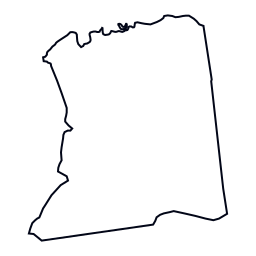 outline of Seberang Perai Selatan, Pulau Pinang, Malaysia
{"feature_id": "92858781B33642984560897", "entity_name": "Seberang Perai Selatan", "entity_type": "district", "adm_level": 2, "iso_a3": "MYS", "parent_name": "Malaysia", "parent_adm1": "Pulau Pinang", "projection": "orthographic", "projection_center": [100.455, 5.21], "detail": "fine", "context": "isolated", "style": "outline", "palette": "ink", "viewbox_px": 256, "rotation_deg": 0, "n_neighbors": 0, "source": "geoboundaries", "source_scale": "gbopen_adm2", "svg_char_len": 2132}
<svg xmlns="http://www.w3.org/2000/svg" viewBox="0 0 256 256"><path d="M211.7,79.5L203.6,26.9L203.5,25.9L199.3,24.4L196.5,21.1L193.8,18.7L189.0,15.7L185.6,15.7L182.9,16.0L178.7,16.9L175.4,17.2L172.3,16.0L167.8,15.4L164.2,16.0L163.3,18.1L160.5,20.2L156.9,22.0L150.5,24.4L144.8,23.8L141.5,23.2L137.5,22.3L135.1,22.8L134.8,23.9L134.6,25.3L134.4,26.7L133.9,27.3L132.7,27.4L131.3,26.5L129.6,26.4L128.4,27.2L128.3,28.5L127.4,30.0L126.2,30.3L125.7,28.6L126.1,27.7L126.6,26.5L126.8,25.6L126.8,24.7L126.5,23.9L126.0,23.9L125.6,24.9L124.7,26.7L123.2,26.9L122.4,26.4L121.5,25.0L120.5,24.1L119.3,23.8L118.4,24.0L118.3,24.8L118.9,25.5L119.3,26.4L119.7,27.2L120.5,28.5L121.2,29.1L122.0,29.2L122.9,29.2L124.1,28.9L124.5,30.7L124.3,31.1L123.4,31.5L122.3,31.9L121.3,31.7L119.7,31.2L118.4,31.1L116.5,31.8L115.2,31.9L112.1,31.1L111.3,31.0L110.1,33.3L109.0,34.3L108.0,34.6L105.1,35.0L103.3,34.2L102.8,32.8L102.6,31.0L102.5,28.1L102.1,27.9L101.6,28.9L100.7,29.7L99.9,30.9L99.6,31.7L98.6,32.0L97.1,32.0L95.6,31.5L94.1,31.5L93.0,31.7L91.6,32.1L90.4,32.5L89.6,33.7L89.6,34.9L90.2,37.1L90.4,38.5L90.6,40.0L90.3,41.1L89.7,42.0L87.2,43.5L85.4,43.8L84.2,44.1L83.7,45.1L83.2,46.0L82.2,46.5L81.1,47.1L78.3,44.1L77.3,41.2L77.1,38.9L76.9,36.2L76.8,34.5L75.7,32.9L74.0,32.4L72.6,32.1L70.3,32.2L67.3,35.2L60.5,39.6L57.4,41.7L56.1,42.8L55.1,44.5L54.0,45.4L52.4,46.6L50.1,49.5L48.6,50.7L47.4,51.9L46.9,53.2L46.9,54.7L45.3,56.7L43.1,57.3L43.7,61.2L45.4,61.4L46.9,61.6L47.9,62.6L48.8,62.9L50.5,63.5L50.9,64.2L51.1,66.0L57.1,80.7L61.6,93.1L66.7,107.9L66.7,112.5L66.1,115.8L65.2,119.1L65.2,121.6L68.6,125.5L72.2,128.5L70.4,130.6L67.7,130.6L64.6,132.1L63.4,134.9L63.1,138.2L61.6,147.3L61.0,152.4L61.3,156.4L61.6,160.3L59.5,164.2L58.3,167.8L58.0,171.5L66.7,176.3L68.0,180.6L60.7,185.1L51.5,195.2L44.5,206.3L43.1,208.4L40.0,215.9L39.3,217.5L37.3,218.5L35.2,220.2L32.3,223.1L30.3,228.5L28.9,233.5L33.6,234.0L41.7,240.6L153.1,224.6L153.3,224.3L155.3,220.8L156.6,217.3L160.1,214.8L163.8,213.4L169.8,212.1L173.7,211.1L184.3,213.4L195.3,215.9L205.6,218.6L213.4,220.2L219.0,218.6L227.1,213.8L223.2,188.6L211.2,81.3L211.7,79.5Z" fill="none" stroke="#020617" stroke-width="2"/></svg>